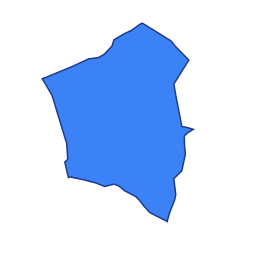 outline of Kelemando, North Darfur, Sudan, rotated 348°
{"feature_id": "16777658B85451496706557", "entity_name": "Kelemando", "entity_type": "district", "adm_level": 2, "iso_a3": "SDN", "parent_name": "Sudan", "parent_adm1": "North Darfur", "projection": "albers", "projection_center": [25.825, 13.072], "detail": "fine", "context": "isolated", "style": "filled", "palette": "blue", "viewbox_px": 256, "rotation_deg": 348, "n_neighbors": 0, "source": "geoboundaries", "source_scale": "gbopen_adm2", "svg_char_len": 2416}
<svg xmlns="http://www.w3.org/2000/svg" viewBox="0 0 256 256"><g transform="rotate(348 128 128)"><path d="M54.4,61.9L60.5,80.3L64.8,130.3L63.0,142.9L62.7,145.0L62.6,146.0L59.1,148.2L59.2,155.7L59.3,160.5L59.3,161.1L59.4,162.0L59.4,163.4L59.4,163.9L59.4,164.0L59.6,164.2L60.4,163.9L60.5,163.9L60.8,163.8L61.1,163.7L61.2,163.8L61.3,163.8L61.5,163.9L61.6,164.0L61.8,164.1L62.0,164.2L62.3,164.3L62.5,164.4L62.8,164.5L63.0,164.6L63.3,164.7L63.4,164.8L63.5,164.8L63.8,165.0L64.0,165.0L64.4,165.2L64.5,165.3L64.8,165.4L65.1,165.5L65.3,165.6L65.8,165.8L66.1,166.0L66.5,166.1L66.9,166.3L67.6,166.6L67.8,166.7L68.0,166.8L68.5,167.0L69.0,167.3L69.4,167.4L70.4,167.9L70.5,167.9L70.8,168.1L71.1,168.2L71.7,168.5L71.8,168.5L72.0,168.6L72.3,168.7L72.6,168.9L72.8,169.0L73.0,169.0L73.4,169.2L73.5,169.3L74.0,169.5L74.4,169.7L74.7,169.9L74.9,170.0L75.0,170.0L76.4,170.7L76.6,170.8L77.2,171.1L79.0,172.0L79.7,172.4L81.8,173.4L81.9,173.5L82.3,173.7L82.7,173.9L83.2,174.1L85.1,175.1L85.4,175.2L85.6,175.4L87.1,176.4L88.2,177.1L89.2,177.8L90.3,178.5L92.7,180.1L93.1,180.4L94.5,180.3L95.4,180.3L95.7,180.3L97.3,180.2L97.9,180.2L98.1,180.2L99.4,180.1L100.3,180.1L100.5,180.1L101.2,180.0L101.5,180.0L101.8,180.0L102.1,180.0L102.4,180.0L102.5,180.0L102.8,180.0L107.3,183.1L108.2,184.4L109.1,185.4L109.2,185.6L110.4,187.1L111.4,188.5L114.8,191.3L118.1,194.0L121.4,196.8L123.9,200.7L127.3,207.6L127.4,207.8L130.8,213.8L132.5,215.9L132.5,216.0L132.8,216.2L133.0,216.4L133.1,216.5L133.3,216.6L133.5,216.7L133.5,216.8L133.9,217.0L134.0,217.2L134.3,217.4L134.5,217.6L134.8,217.8L135.0,217.9L135.1,218.0L135.6,218.4L136.1,218.8L136.3,219.0L136.5,219.1L136.9,219.5L137.0,219.6L137.5,220.0L138.5,220.8L139.3,221.4L139.4,221.5L140.4,222.3L141.4,223.1L141.5,223.2L142.9,224.3L143.0,224.4L143.2,224.5L143.6,224.9L143.9,225.1L144.3,225.5L144.5,225.6L145.0,226.0L145.6,226.4L145.7,226.6L145.8,226.6L146.0,226.8L146.2,227.0L146.3,227.0L146.6,227.2L146.6,227.3L146.8,227.4L146.9,227.5L146.9,227.4L151.1,219.5L158.7,208.0L160.9,203.0L161.7,193.6L162.3,187.1L171.7,181.1L178.6,165.7L179.8,156.1L181.4,147.5L185.4,145.1L191.6,142.9L190.7,142.4L186.2,139.9L181.0,137.7L181.5,107.4L182.0,94.5L201.6,74.2L191.0,57.5L188.3,51.9L177.4,41.4L163.9,28.5L161.8,28.8L156.8,31.0L151.6,33.2L144.0,35.0L132.6,38.8L129.3,44.6L119.8,51.1L113.4,53.0L107.8,52.5L103.9,52.2L85.9,56.3L57.0,61.6L55.3,61.8L54.4,61.9Z" fill="#3b82f6" stroke="#1e3a8a" stroke-width="1.5"/></g></svg>